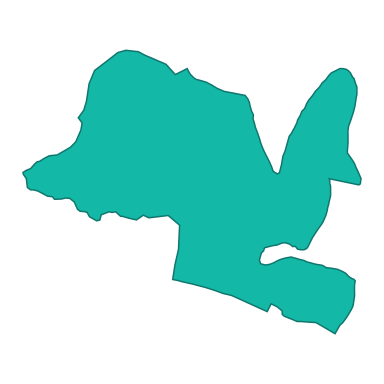 outline of Ogun Waterside, Ogun, Nigeria
{"feature_id": "59680162B53764009147535", "entity_name": "Ogun Waterside", "entity_type": "district", "adm_level": 2, "iso_a3": "NGA", "parent_name": "Nigeria", "parent_adm1": "Ogun", "projection": "albers", "projection_center": [4.463, 6.482], "detail": "fine", "context": "isolated", "style": "filled", "palette": "teal", "viewbox_px": 384, "rotation_deg": 0, "n_neighbors": 0, "source": "geoboundaries", "source_scale": "gbopen_adm2", "svg_char_len": 3294}
<svg xmlns="http://www.w3.org/2000/svg" viewBox="0 0 384 384"><path d="M360.3,183.9L361.0,178.5L359.5,175.0L357.6,170.7L355.9,167.2L354.5,163.6L352.4,160.1L347.4,153.0L347.4,151.2L347.4,150.2L348.0,143.1L348.0,138.8L348.0,134.6L347.9,131.0L348.6,126.1L350.7,120.4L352.1,116.1L352.8,114.0L353.4,112.2L353.5,111.8L354.2,109.0L354.9,106.2L355.6,101.9L356.2,97.6L356.8,94.9L356.9,94.1L356.9,89.8L356.9,89.6L356.9,87.0L355.5,83.4L354.0,78.5L352.6,77.1L351.5,75.0L350.4,72.8L348.3,70.7L346.2,69.3L343.0,68.6L339.8,68.6L335.6,70.8L331.3,72.9L329.2,75.1L327.1,77.9L326.1,79.4L322.2,82.9L319.4,87.2L316.2,90.4L315.8,90.8L312.3,95.8L308.8,100.0L306.7,103.6L304.6,108.6L301.8,111.4L300.6,114.6L300.1,115.7L297.6,120.0L296.9,122.8L294.1,128.5L291.3,133.5L289.2,136.3L287.8,141.3L286.4,146.3L285.8,148.5L285.0,151.3L282.9,156.3L282.2,160.5L281.6,164.1L280.2,169.8L279.5,172.6L277.4,174.0L273.1,171.2L271.7,167.0L269.5,162.0L266.6,156.3L263.8,150.7L262.3,147.1L261.1,144.0L260.9,143.6L259.5,138.6L257.3,132.3L255.2,126.8L255.2,126.6L254.4,123.1L253.0,118.8L253.4,114.8L251.5,111.0L250.1,106.0L249.4,102.5L247.9,99.0L245.1,95.4L237.8,94.0L223.8,91.3L222.4,90.6L217.4,88.5L213.9,86.4L211.7,85.0L208.9,83.6L206.1,82.1L199.0,80.1L196.1,79.4L194.0,78.0L190.4,74.4L188.3,70.9L187.2,68.6L175.3,74.6L166.0,64.3L144.9,55.2L138.3,51.7L125.8,50.3L117.8,52.6L107.9,60.3L94.6,70.5L89.1,83.7L86.5,101.1L83.8,110.2L78.3,117.8L82.1,122.9L80.9,130.0L75.8,141.8L70.4,147.3L59.0,153.9L57.4,154.9L49.2,155.8L44.4,158.3L39.6,161.3L36.9,161.9L34.1,164.6L30.6,168.6L26.1,170.4L23.0,172.5L23.4,174.4L24.4,175.8L26.3,178.6L27.4,187.5L30.5,189.8L33.6,189.9L37.8,191.0L47.6,196.2L52.4,196.7L54.5,199.3L61.6,199.0L65.6,198.0L69.7,198.3L74.3,202.0L77.5,209.3L80.1,211.3L84.3,211.6L87.1,212.4L89.5,216.8L96.7,220.8L99.8,220.1L101.2,214.8L109.1,211.8L111.8,212.4L112.2,212.4L115.6,211.8L120.6,216.3L122.6,216.4L129.6,218.4L136.5,219.9L143.3,215.2L148.9,217.8L168.2,215.5L179.6,225.2L178.5,249.3L174.9,265.1L172.7,279.5L178.3,280.6L181.6,281.6L192.3,284.0L205.6,287.5L214.1,290.2L223.2,293.5L231.4,295.4L267.2,311.6L271.1,303.8L277.2,306.8L279.1,308.4L282.2,310.9L282.2,314.2L284.0,316.1L288.4,317.9L293.0,319.7L297.1,321.5L300.4,321.5L316.1,322.6L335.0,333.7L339.9,325.2L342.7,322.7L344.8,319.9L346.9,317.0L349.0,313.5L351.1,310.0L352.5,307.1L353.2,305.0L354.6,295.7L354.5,291.5L354.5,287.9L354.5,285.1L355.2,280.8L353.9,279.3L352.0,278.6L348.8,276.6L347.5,275.2L345.6,273.2L342.7,271.6L337.8,269.4L331.3,268.2L326.4,267.7L322.3,265.3L315.4,264.2L310.5,262.8L306.9,261.9L304.1,260.5L298.4,259.1L296.3,258.4L293.4,257.7L291.3,257.0L287.0,257.7L283.5,258.5L279.3,259.9L276.4,261.3L273.6,262.8L270.1,264.2L266.5,264.9L264.7,264.9L262.8,264.3L260.6,263.8L259.4,260.0L260.8,255.0L261.5,252.9L263.6,250.8L264.5,247.8L272.1,245.8L277.1,245.0L280.6,243.6L282.7,242.9L285.5,242.8L289.8,244.2L292.8,246.6L295.3,246.3L297.6,249.2L301.2,249.8L304.0,249.8L305.4,249.1L306.8,248.4L308.2,246.3L310.3,242.0L311.7,239.1L311.8,239.1L312.4,237.7L315.2,233.4L318.0,229.2L319.0,227.8L321.6,224.2L323.0,222.0L325.8,215.6L327.2,210.7L327.8,207.1L328.5,205.0L329.2,201.4L329.9,198.6L330.6,195.7L330.6,192.2L330.6,189.3L330.5,185.8L329.8,183.7L329.8,180.8L329.1,178.7L346.4,182.3L358.9,184.9L360.3,183.9Z" fill="#14b8a6" stroke="#0f766e" stroke-width="1.5"/></svg>